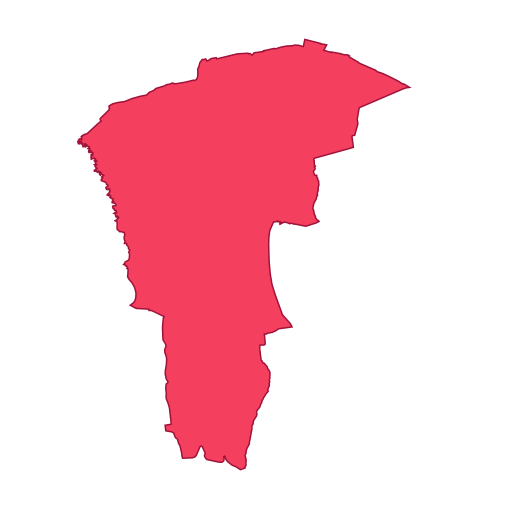 the district of Topana, Olt, Romania, rotated 175°
{"feature_id": "2599482B92516627425208", "entity_name": "Topana", "entity_type": "district", "adm_level": 2, "iso_a3": "ROU", "parent_name": "Romania", "parent_adm1": "Olt", "projection": "albers", "projection_center": [24.532, 44.851], "detail": "fine", "context": "isolated", "style": "filled", "palette": "rose", "viewbox_px": 512, "rotation_deg": 175, "n_neighbors": 0, "source": "geoboundaries", "source_scale": "gbopen_adm2", "svg_char_len": 6108}
<svg xmlns="http://www.w3.org/2000/svg" viewBox="0 0 512 512"><g transform="rotate(175 256 256)"><path d="M188.5,467.5L190.6,460.5L195.8,462.4L196.2,462.2L198.9,462.8L201.2,462.3L207.3,462.5L212.9,461.9L218.5,460.7L219.3,460.8L219.7,461.2L230.7,459.8L230.5,459.1L240.2,458.6L242.5,456.4L244.4,458.3L245.8,458.0L246.3,458.7L256.9,459.0L277.9,455.8L278.3,457.0L282.8,456.7L284.4,456.2L286.0,455.1L287.6,454.7L288.2,454.7L288.6,456.3L289.0,456.7L291.8,456.2L292.4,456.5L295.0,453.6L296.4,449.7L297.7,447.5L298.3,440.5L299.1,438.3L300.2,436.8L302.6,436.2L303.0,436.6L311.6,435.3L322.0,434.5L323.7,435.6L324.9,435.5L326.5,434.8L330.2,434.5L332.1,433.5L341.3,431.6L343.5,429.8L348.2,428.3L350.4,426.3L351.4,425.8L357.4,425.2L365.6,423.7L373.5,421.3L379.7,421.0L385.5,420.1L389.3,418.3L389.5,417.9L389.1,417.2L389.4,416.1L389.2,415.6L389.8,414.3L399.0,406.7L399.4,405.8L399.3,405.1L398.5,403.9L401.6,401.9L413.6,392.6L415.9,391.9L416.0,392.2L418.7,391.0L419.6,390.3L419.0,389.9L419.7,388.8L419.4,387.5L419.8,386.8L420.6,387.9L421.5,388.1L422.7,387.0L422.1,385.8L423.2,385.9L423.6,385.6L423.5,385.1L422.4,384.9L422.5,384.4L423.3,383.9L422.6,383.0L421.8,383.3L421.0,385.2L420.3,385.2L420.2,383.0L419.4,383.6L418.8,383.3L419.1,381.0L418.8,379.9L417.6,379.9L416.9,382.4L416.4,382.8L415.7,382.1L415.8,381.3L416.4,380.6L416.0,379.6L414.6,381.0L413.9,379.8L412.5,379.4L412.6,378.7L413.9,377.7L412.3,377.3L413.5,375.6L413.6,374.3L413.3,373.6L413.0,373.6L411.8,375.4L411.0,374.6L411.8,373.9L411.6,373.5L411.1,373.2L410.0,373.5L409.5,372.9L409.9,372.3L409.6,371.9L409.9,370.7L411.2,371.3L411.6,371.0L411.0,369.7L411.9,368.9L411.6,368.0L411.7,366.8L408.7,367.7L407.4,366.4L407.7,365.8L408.6,365.7L408.8,365.1L407.0,365.1L406.3,364.4L408.1,363.7L407.3,361.9L408.9,361.1L407.1,360.4L408.4,359.9L408.6,359.3L407.5,357.9L406.6,357.3L406.9,357.0L407.9,356.8L407.9,355.9L408.2,355.5L409.5,355.7L409.7,354.7L409.3,354.4L407.5,354.5L406.8,353.2L405.5,354.3L405.1,352.9L404.2,353.4L403.4,353.2L403.2,352.5L404.7,351.3L404.7,350.8L403.8,350.0L403.4,351.2L402.9,351.3L400.7,349.6L402.5,348.5L402.0,347.6L402.9,347.2L402.4,346.6L403.6,345.3L403.5,344.5L399.2,342.5L398.9,342.0L398.6,340.3L397.3,339.5L397.4,338.7L399.6,337.3L399.5,336.4L399.0,335.4L398.1,335.0L396.9,336.0L395.9,335.3L396.4,333.8L395.8,333.5L395.8,332.9L397.1,331.6L397.2,330.6L398.2,330.7L399.0,329.7L397.2,328.8L396.0,329.2L395.5,328.0L396.4,327.1L394.7,325.6L393.5,325.5L393.6,324.2L394.7,322.4L394.7,321.7L394.3,321.5L393.7,322.7L393.0,322.7L392.7,320.7L391.6,320.5L390.9,319.5L391.0,318.8L391.7,318.3L394.0,318.4L394.5,317.9L394.2,315.7L393.3,315.4L393.2,314.4L392.8,313.7L391.4,313.6L391.1,312.4L391.2,311.4L392.3,311.7L393.8,310.8L392.3,310.3L392.4,308.2L391.9,307.0L391.3,306.8L391.4,307.8L390.7,307.8L389.4,306.6L389.9,305.5L391.0,305.1L391.3,304.2L393.4,303.6L393.2,303.2L392.0,302.8L391.5,302.2L391.6,298.4L392.0,296.9L391.9,294.5L389.5,292.0L387.9,292.0L386.5,291.2L385.1,290.9L385.0,287.8L385.7,286.8L385.8,285.6L385.7,283.6L385.1,282.3L386.0,280.0L383.9,279.8L383.8,278.2L382.4,276.4L382.4,274.4L381.2,272.7L382.5,271.1L381.8,268.8L382.6,264.0L384.0,262.6L386.9,261.5L387.4,260.2L388.6,259.1L387.4,258.8L387.0,257.6L386.0,257.7L385.7,256.7L384.9,255.8L385.7,254.8L384.5,253.9L385.7,246.4L384.4,243.6L381.8,240.0L380.0,236.0L379.3,233.5L378.8,229.1L379.4,224.9L380.6,221.9L382.2,220.1L385.6,217.9L379.9,214.2L367.3,212.4L367.4,211.1L364.7,210.7L352.8,203.7L353.7,202.5L354.9,195.9L355.4,192.5L355.9,182.7L355.9,180.4L354.1,177.0L353.4,174.4L355.2,170.4L355.2,167.9L354.1,163.3L354.0,161.1L354.7,155.9L356.3,149.7L356.7,146.7L356.2,141.8L355.7,140.2L354.9,139.0L354.7,137.9L355.2,137.2L356.6,136.4L356.9,135.2L357.5,131.0L357.3,127.7L357.9,123.3L357.9,121.9L356.4,116.9L355.5,112.3L355.1,97.6L355.4,95.8L361.3,95.3L361.1,89.7L355.5,88.2L353.3,86.9L353.1,85.2L352.1,82.1L350.2,80.3L349.5,76.2L348.3,73.5L347.2,66.0L347.2,63.3L346.8,61.0L337.3,60.5L334.6,61.0L333.0,62.4L328.3,71.0L327.1,71.5L326.1,70.6L323.9,64.4L323.9,63.7L324.8,61.6L324.7,60.8L323.6,58.6L322.7,57.5L311.0,53.9L308.3,53.5L307.1,53.9L305.9,54.9L305.6,56.0L305.6,59.0L304.8,59.4L304.3,58.6L303.8,56.2L302.2,53.6L298.0,49.7L293.9,47.5L290.2,44.5L285.5,45.7L285.1,47.2L284.2,48.3L284.1,50.8L283.7,52.8L283.6,54.2L284.3,58.3L283.2,60.2L282.9,62.0L282.0,64.8L279.1,69.2L278.9,70.6L275.1,84.3L275.0,87.1L273.6,88.8L272.8,92.2L269.5,96.5L268.9,98.2L269.0,100.9L268.6,101.9L265.5,105.0L264.1,108.1L262.9,109.9L262.7,111.4L262.0,112.0L260.8,114.1L257.7,118.2L255.8,119.9L255.6,120.7L256.0,121.7L253.9,126.0L254.0,127.8L253.3,129.4L253.5,131.1L252.9,133.1L252.2,138.7L253.0,140.9L254.2,143.0L254.5,143.8L254.4,144.5L257.3,148.6L258.5,149.1L259.2,151.0L260.0,151.9L260.4,163.8L259.7,167.0L256.1,166.6L254.7,167.1L254.4,168.5L254.5,177.6L252.7,177.3L251.1,178.1L246.4,178.5L242.4,180.0L239.9,181.5L226.3,182.2L227.6,185.5L234.8,195.2L240.4,216.4L242.5,226.0L242.8,229.3L243.4,237.1L243.4,249.5L242.4,266.2L241.6,273.0L240.5,278.4L239.9,280.4L236.7,286.3L235.5,288.4L233.4,288.3L231.4,289.0L231.1,288.7L231.4,288.5L231.3,288.2L230.2,288.4L230.0,287.9L228.7,287.9L228.0,287.3L228.1,286.9L229.0,286.8L229.6,285.9L229.4,285.5L225.2,287.3L222.1,286.6L219.7,285.2L218.2,285.6L214.9,284.3L214.3,284.4L203.8,281.3L193.2,283.7L190.2,284.9L190.4,285.5L192.2,286.9L193.4,289.1L193.4,290.4L194.3,293.0L194.7,296.9L195.3,298.6L193.7,303.5L190.9,307.7L190.4,310.0L189.4,310.9L189.6,311.9L189.2,314.0L188.4,315.7L187.9,319.7L187.2,320.9L187.1,325.4L188.1,327.0L187.8,328.2L188.6,329.4L188.5,331.1L190.6,331.5L191.4,334.8L191.2,335.9L190.2,336.6L189.5,337.7L189.5,338.5L190.2,339.5L189.0,340.4L189.9,341.6L189.7,346.0L190.1,346.9L189.3,348.3L149.5,355.7L150.0,367.0L149.3,367.5L147.2,367.6L143.7,376.8L143.0,379.0L143.2,383.6L140.7,393.2L140.0,394.8L94.8,409.7L91.8,410.4L88.4,410.6L93.7,414.5L94.4,414.2L99.3,418.0L108.1,423.4L114.2,426.9L119.1,429.0L120.8,430.7L135.6,438.7L137.0,439.7L137.0,440.0L145.3,445.8L145.8,446.3L145.4,447.1L146.9,448.3L150.9,448.9L155.1,450.5L163.3,452.7L163.4,452.2L170.5,455.0L167.2,460.2L173.4,461.9L173.3,462.2L188.5,467.5Z" fill="#f43f5e" stroke="#9f1239" stroke-width="1.5"/></g></svg>